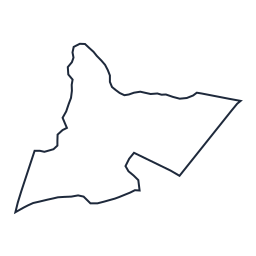 Pinheiral, Rio de Janeiro, Brazil
{"feature_id": "56859067B78654716742693", "entity_name": "Pinheiral", "entity_type": "district", "adm_level": 2, "iso_a3": "BRA", "parent_name": "Brazil", "parent_adm1": "Rio de Janeiro", "projection": "albers", "projection_center": [-44.007, -22.538], "detail": "fine", "context": "isolated", "style": "outline", "palette": "slate", "viewbox_px": 256, "rotation_deg": 0, "n_neighbors": 0, "source": "geoboundaries", "source_scale": "gbopen_adm2", "svg_char_len": 1109}
<svg xmlns="http://www.w3.org/2000/svg" viewBox="0 0 256 256"><path d="M67.8,67.1L68.3,74.5L72.6,79.6L71.7,84.8L71.9,90.8L71.0,97.9L68.7,104.0L66.2,111.4L62.6,117.8L64.7,122.8L66.9,127.9L62.5,130.1L57.6,134.6L57.4,140.9L57.4,145.6L53.5,149.2L48.7,150.6L44.4,151.8L39.9,150.8L34.6,150.8L21.3,191.2L17.8,202.5L15.4,212.2L23.8,207.5L28.1,205.3L33.2,203.0L39.4,201.6L47.3,199.7L53.7,198.3L57.9,197.3L64.2,196.9L71.4,196.6L78.1,195.4L83.6,196.6L90.4,203.3L97.6,203.3L104.2,201.6L108.8,200.3L114.9,198.6L119.0,197.1L125.4,194.5L130.1,192.6L134.9,190.2L139.6,190.5L138.3,180.1L133.6,175.5L128.5,171.3L125.5,166.1L129.2,158.7L134.0,152.8L170.6,170.6L179.5,175.8L231.6,110.5L237.2,103.7L240.6,100.9L228.6,98.7L201.7,93.5L196.8,92.7L193.1,95.5L186.8,98.0L179.7,98.7L172.9,96.9L165.9,94.5L161.5,94.7L157.4,93.5L150.6,94.0L144.7,92.7L140.3,91.7L134.0,92.7L128.8,94.5L124.4,95.2L119.7,93.0L115.4,89.8L112.0,87.0L109.9,81.9L109.9,75.5L107.8,70.1L105.1,64.9L101.5,60.7L96.7,55.8L93.6,51.9L89.5,48.2L85.0,44.0L79.8,43.8L73.7,46.9L72.5,52.4L73.5,57.6L71.9,62.2L67.8,67.1Z" fill="none" stroke="#1e293b" stroke-width="2"/></svg>